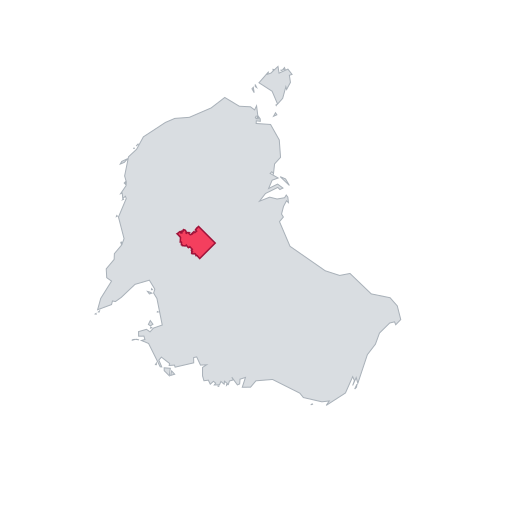 location of Diamantina, Queensland, Australia, rotated 225°
{"feature_id": "25037944B3552129947749", "entity_name": "Diamantina", "entity_type": "district", "adm_level": 2, "iso_a3": "AUS", "parent_name": "Australia", "parent_adm1": "Queensland", "projection": "mercator", "projection_center": [140.812, -24.577], "detail": "fine", "context": "in_parent", "style": "filled", "palette": "rose", "viewbox_px": 512, "rotation_deg": 225, "n_neighbors": 0, "source": "geoboundaries", "source_scale": "gbopen_adm2", "svg_char_len": 5993}
<svg xmlns="http://www.w3.org/2000/svg" viewBox="0 0 512 512"><g transform="rotate(225 256 256)"><path d="M335.8,116.2L340.4,136.1L346.2,135.1L352.8,141.0L353.9,153.3L357.8,157.5L358.8,169.0L361.6,175.0L380.8,186.3L388.4,204.9L390.6,205.9L390.9,202.5L395.1,205.9L395.8,204.3L397.6,213.8L400.1,216.7L405.5,219.7L416.3,236.0L415.9,247.1L419.9,260.6L414.5,286.4L410.7,295.9L401.2,306.9L392.4,329.0L390.2,346.0L373.7,350.1L365.4,357.6L360.3,358.3L361.8,362.6L353.7,356.3L354.8,354.9L354.3,353.3L352.8,353.3L350.1,356.0L348.2,354.3L351.4,351.8L349.6,349.8L338.7,359.3L321.6,354.5L308.4,343.1L308.0,334.3L301.8,326.5L304.4,326.8L304.4,324.4L295.5,326.8L298.2,321.0L294.8,312.6L291.6,322.1L285.0,323.1L286.1,319.9L289.1,319.9L293.5,306.9L292.3,297.2L287.9,307.3L281.4,311.2L277.0,317.4L277.7,320.5L275.1,320.1L270.8,316.7L273.5,316.6L271.6,310.5L267.6,303.7L264.2,302.9L263.7,296.9L238.8,286.9L196.6,294.5L183.1,301.4L177.2,310.1L147.7,310.7L131.7,321.3L120.8,320.6L108.7,313.4L108.6,306.2L111.5,307.4L114.1,303.1L114.2,288.8L109.2,278.1L107.5,265.0L94.0,238.0L99.2,240.9L96.1,232.8L98.3,237.5L102.3,239.0L95.9,222.4L100.7,200.0L101.7,205.3L106.3,199.5L122.4,189.4L128.0,190.0L157.0,180.4L167.8,167.7L167.1,159.4L172.9,153.5L177.6,162.7L180.2,157.6L177.1,154.0L178.0,151.7L187.4,153.2L184.4,152.4L186.4,148.8L184.7,145.6L189.7,145.2L187.9,142.8L192.1,142.5L190.7,139.1L194.3,135.3L194.6,137.6L197.5,137.3L197.7,133.0L201.9,134.5L204.6,131.0L209.0,133.4L215.0,139.4L214.0,144.2L218.1,139.6L226.6,142.7L228.3,140.1L224.5,136.4L234.6,120.2L236.5,121.2L240.0,117.2L241.1,118.9L251.4,117.6L251.1,113.7L244.2,110.9L245.4,109.9L270.1,118.2L277.3,115.2L275.5,118.4L278.6,120.1L282.3,116.3L285.6,119.5L281.6,126.7L277.3,127.4L277.5,132.6L273.5,140.9L296.0,155.9L302.2,157.4L304.1,161.0L314.3,163.5L321.5,150.4L322.0,131.5L323.2,124.4L325.7,122.7L323.8,119.5L330.0,106.0L335.8,116.2ZM348.2,378.7L361.1,383.9L376.4,380.6L377.4,395.3L376.4,392.6L374.8,395.8L374.5,405.6L369.0,401.6L365.6,410.7L358.9,409.9L360.2,407.4L354.4,403.1L352.1,395.4L354.6,396.8L348.6,386.3L348.2,378.7ZM232.6,110.0L239.8,110.0L241.9,112.0L237.2,116.0L232.6,110.0ZM282.3,329.5L295.0,329.2L289.6,331.4L282.3,329.5ZM283.7,131.5L285.1,135.6L280.6,134.9L281.3,132.0L283.7,131.5ZM415.6,234.1L415.3,229.2L417.0,225.0L417.8,228.0L415.6,234.1ZM372.8,370.2L377.1,371.4L377.2,373.4L372.8,370.2ZM231.9,111.2L234.4,115.1L229.9,114.9L231.9,111.2ZM343.5,371.1L341.1,370.6L342.4,367.2L343.5,371.1ZM307.7,154.2L305.6,155.4L303.4,156.1L304.5,153.8L307.7,154.2ZM94.0,236.8L92.2,234.4L92.1,232.2L92.3,232.1L94.0,236.8ZM376.3,375.3L377.9,376.7L374.7,375.6L376.3,375.3ZM399.1,214.4L400.8,214.4L400.8,216.6L399.1,214.4ZM359.3,168.9L361.3,170.1L360.9,170.8L359.3,168.9ZM368.9,406.9L369.1,409.4L367.4,408.6L368.9,406.9ZM418.5,249.0L418.6,251.8L418.4,251.8L418.5,249.0ZM250.7,109.8L249.6,108.7L250.3,108.1L250.7,109.8ZM283.9,110.0L282.2,112.0L284.2,108.5L283.9,110.0ZM418.7,245.7L417.9,246.6L418.5,245.6L418.7,245.7ZM286.5,147.0L285.5,147.4L286.1,146.5L286.5,147.0ZM280.1,131.4L278.9,131.6L279.6,130.4L280.1,131.4ZM112.1,189.5L111.7,191.2L111.2,191.1L112.1,189.5ZM327.9,105.0L327.8,106.4L327.3,105.4L327.9,105.0ZM352.9,354.1L353.2,355.1L352.7,354.8L352.9,354.1ZM281.7,112.6L279.4,114.0L281.8,112.2L281.7,112.6ZM190.8,137.1L190.0,138.1L190.5,137.0L190.8,137.1ZM369.8,405.2L369.0,405.7L369.4,404.8L369.8,405.2ZM306.7,159.1L305.4,159.0L306.1,158.2L306.7,159.1ZM186.0,144.5L185.4,145.0L185.4,143.7L186.0,144.5ZM376.0,400.0L374.9,400.7L375.2,399.4L376.0,400.0ZM328.7,101.3L328.5,102.3L327.9,101.8L328.7,101.3ZM352.2,355.5L353.3,356.5L351.5,356.2L352.2,355.5ZM383.1,186.2L382.2,186.2L382.6,185.1L383.1,186.2ZM390.2,202.4L389.7,202.4L390.1,201.5L390.2,202.4ZM348.7,376.9L348.4,377.8L348.1,376.7L348.7,376.9Z" fill="#d9dde1" stroke="#a8b0b8" stroke-width="1"/><path d="M327.5,215.9L326.3,215.9L326.2,215.9L326.2,216.0L324.9,215.9L323.7,215.8L323.7,216.0L323.1,215.9L322.5,215.8L321.9,215.1L321.7,214.9L321.4,214.5L321.4,214.4L321.1,214.2L320.7,213.7L320.3,213.3L320.2,213.2L319.5,212.3L318.6,213.1L318.2,212.9L318.1,212.7L317.8,212.3L316.8,211.3L316.6,211.5L316.3,211.7L316.1,211.6L316.0,211.4L315.5,211.2L315.4,211.3L315.2,211.4L315.2,211.5L314.9,211.7L314.8,211.8L313.9,212.5L313.7,212.6L313.5,212.8L313.3,213.1L312.9,213.4L313.0,214.4L311.4,214.2L311.2,214.2L310.9,214.2L310.7,214.1L309.7,214.1L309.6,214.6L309.6,214.8L309.3,215.2L309.2,215.2L309.1,215.3L309.1,215.5L309.3,215.7L309.3,215.8L308.6,215.8L307.2,215.7L306.1,215.7L305.8,215.7L305.9,214.4L304.5,214.3L304.8,213.9L303.5,212.5L303.1,212.9L302.7,212.5L301.3,213.7L301.5,214.0L301.1,214.3L300.7,214.6L300.2,214.5L299.4,214.5L299.2,214.3L298.8,213.8L297.8,214.7L297.5,214.6L294.0,214.4L294.0,215.6L294.0,217.4L294.0,218.2L294.0,218.4L294.0,220.2L294.0,220.8L294.0,222.0L294.0,226.0L294.0,228.7L294.0,231.1L294.0,232.3L294.0,235.3L294.0,235.6L294.0,236.3L295.0,236.3L296.7,236.3L297.0,236.3L299.7,236.3L300.0,236.3L302.0,236.3L303.4,236.3L303.6,236.3L303.8,236.3L304.0,236.3L304.6,236.3L305.0,236.3L305.3,236.3L308.5,236.3L308.8,236.3L309.0,236.3L311.1,236.3L313.0,236.3L313.7,236.3L316.3,236.3L316.9,236.3L317.5,236.3L317.5,236.2L317.6,234.9L317.7,233.8L317.6,233.5L317.4,233.5L317.5,232.5L317.5,232.2L317.3,231.6L317.2,231.6L317.0,231.8L316.9,231.8L316.9,232.0L316.4,231.6L315.6,231.6L315.7,230.8L315.7,230.2L315.8,229.3L316.0,229.3L317.1,229.4L317.1,228.7L317.2,228.2L317.2,227.4L316.6,227.3L316.7,227.0L316.7,226.0L317.2,226.0L317.3,224.7L316.9,224.7L317.9,224.5L318.9,224.5L320.2,224.6L320.1,225.0L320.7,224.5L321.1,224.1L321.3,222.8L321.7,222.8L322.4,223.7L323.9,224.2L324.1,224.2L324.3,224.2L324.5,224.1L324.8,224.0L324.9,223.9L325.0,223.9L325.1,223.7L325.3,223.6L325.5,223.5L325.5,223.4L325.8,223.3L326.0,223.3L326.0,223.2L325.2,222.1L325.7,221.7L326.0,221.3L325.7,221.0L325.0,220.3L324.7,219.9L324.9,219.7L325.6,219.1L326.5,220.1L326.7,219.7L327.1,219.4L327.2,218.5L327.3,217.8L327.3,217.3L327.4,216.9L327.4,216.7L327.4,216.1L327.5,215.9Z" fill="#f43f5e" stroke="#9f1239" stroke-width="1.5"/></g></svg>